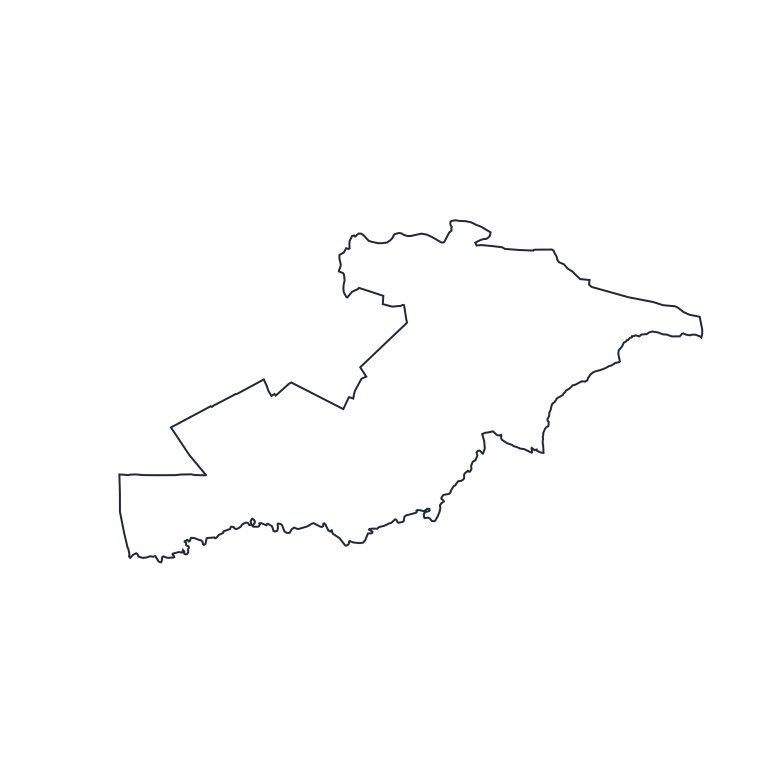 outline of Popesti, Vrancea, Romania, rotated 150°
{"feature_id": "2599482B83039942073934", "entity_name": "Popesti", "entity_type": "district", "adm_level": 2, "iso_a3": "ROU", "parent_name": "Romania", "parent_adm1": "Vrancea", "projection": "albers", "projection_center": [27.079, 45.583], "detail": "fine", "context": "isolated", "style": "outline", "palette": "slate", "viewbox_px": 768, "rotation_deg": 150, "n_neighbors": 0, "source": "geoboundaries", "source_scale": "gbopen_adm2", "svg_char_len": 6152}
<svg xmlns="http://www.w3.org/2000/svg" viewBox="0 0 768 768"><g transform="rotate(150 384 384)"><path d="M658.4,438.0L666.8,422.4L676.6,405.3L683.4,385.3L687.8,370.7L687.9,368.9L689.0,365.5L690.1,363.1L691.0,362.1L690.7,360.3L686.9,361.5L683.2,361.3L682.5,359.4L682.9,358.3L682.7,357.1L680.0,354.1L676.2,352.4L672.7,351.8L670.2,349.8L668.1,349.3L668.0,343.5L667.5,342.2L666.2,341.0L665.2,341.6L662.6,344.9L662.0,345.1L661.1,344.9L659.5,342.8L657.9,341.4L652.8,338.9L652.2,338.9L652.0,340.2L652.3,342.0L652.2,342.5L651.7,342.7L645.6,341.0L643.3,339.1L642.7,339.1L641.1,340.7L640.8,339.2L640.9,338.3L641.8,337.4L641.7,336.6L641.3,335.9L639.7,335.2L637.7,336.1L636.5,338.5L635.8,339.3L634.8,339.7L634.6,340.3L634.4,341.2L635.5,342.3L635.9,343.5L634.9,345.2L634.9,345.9L635.6,347.1L635.2,347.5L632.4,347.4L632.0,347.0L632.0,345.5L631.8,345.2L630.2,345.3L628.6,347.1L627.9,347.2L625.2,345.3L621.9,341.2L620.6,340.1L620.0,338.3L620.9,335.7L620.3,334.6L618.5,334.8L614.7,339.1L614.3,339.1L607.5,335.8L607.3,334.9L606.6,334.5L602.4,335.9L598.0,335.4L597.2,335.8L596.9,336.5L595.5,336.5L590.0,335.4L587.9,336.8L587.3,336.7L585.6,335.0L585.7,333.8L584.9,332.5L582.5,331.9L579.3,332.1L576.9,333.3L572.8,333.0L571.5,331.8L571.2,331.3L571.3,329.5L570.6,328.7L569.8,328.7L569.0,329.3L567.8,332.2L565.4,333.1L564.6,331.7L564.5,329.6L565.5,328.2L568.8,327.1L568.9,326.6L568.5,325.8L564.6,323.4L563.8,323.3L561.7,324.4L561.8,325.5L561.6,325.7L559.9,324.9L556.5,320.5L555.0,321.3L554.4,320.9L552.2,317.0L552.6,314.0L553.2,312.0L552.1,310.7L549.8,310.3L547.8,312.4L546.1,316.0L545.6,316.1L544.4,315.2L543.4,314.2L542.9,312.7L543.9,305.9L542.7,303.8L541.5,302.9L539.9,302.3L536.8,304.3L533.7,304.6L531.4,301.7L529.9,301.0L521.5,299.0L516.5,299.1L514.6,298.7L510.5,292.3L509.4,291.3L507.7,291.3L506.4,293.4L505.3,293.1L505.0,291.3L505.4,285.1L504.3,283.2L503.1,283.6L502.4,283.4L502.7,282.1L503.1,281.4L503.2,279.9L499.6,272.8L498.3,263.6L498.0,263.2L496.5,262.7L494.9,262.9L493.6,263.9L492.8,265.2L492.3,265.2L489.6,261.9L484.2,258.1L481.4,257.1L478.2,258.2L472.6,262.6L469.7,261.0L468.5,261.0L467.8,261.9L469.8,265.3L469.2,265.7L466.2,264.5L462.1,262.0L459.9,262.6L454.9,261.1L448.9,260.6L446.9,260.1L442.4,261.2L441.6,260.9L441.2,260.0L441.4,257.9L440.9,256.6L436.9,255.3L435.3,255.5L432.9,258.6L432.1,259.0L430.9,259.2L420.7,256.5L419.5,256.9L419.3,258.0L418.2,258.2L415.6,256.4L412.9,253.7L408.9,254.3L407.7,253.6L407.2,252.9L407.6,251.8L408.4,251.4L411.6,252.2L413.5,252.1L414.7,251.2L416.0,248.0L415.7,247.4L412.6,246.2L411.6,244.6L411.0,241.5L410.4,240.8L408.6,239.9L408.0,240.0L403.4,242.7L399.5,245.8L397.1,248.6L396.3,250.9L394.1,252.0L391.0,252.3L390.8,252.8L391.1,254.7L391.7,256.1L390.7,257.1L387.9,258.2L382.5,256.3L380.1,257.2L379.8,258.0L375.5,260.3L374.2,260.7L372.9,260.5L371.2,261.7L368.3,262.7L365.6,261.5L362.9,261.7L361.6,262.5L360.2,265.0L359.1,266.1L355.0,266.9L354.5,266.5L354.5,265.9L354.0,265.3L353.3,265.1L350.6,266.8L349.6,269.5L346.0,272.3L343.0,272.2L338.9,275.3L338.2,278.3L336.4,279.2L334.8,278.8L334.3,278.0L333.2,274.3L332.1,275.0L328.9,277.8L325.7,284.7L324.0,291.6L320.2,291.0L318.7,290.2L313.3,288.5L311.9,284.0L311.1,282.7L309.7,281.7L308.1,281.5L308.1,280.9L309.8,278.1L309.7,276.6L307.0,271.2L303.4,267.0L302.9,265.4L300.5,263.0L298.3,259.9L295.2,257.6L290.7,250.9L290.1,250.8L288.9,252.9L288.4,254.6L287.9,254.8L286.7,251.4L284.5,250.9L284.9,249.8L284.3,248.7L282.3,246.0L280.3,244.6L277.0,251.0L276.4,252.9L275.0,255.4L273.5,257.1L273.2,258.6L272.1,259.5L270.5,262.0L267.0,264.6L265.5,265.2L262.5,265.5L260.4,268.6L260.6,270.6L260.1,271.8L257.2,273.5L255.0,276.6L252.8,278.1L249.5,281.7L248.0,282.7L245.0,283.2L241.2,285.1L234.5,285.1L233.3,286.0L230.8,286.5L229.8,287.3L225.7,287.3L221.2,288.5L218.9,287.7L211.6,287.5L208.6,285.5L206.9,285.4L205.6,285.9L204.4,287.1L200.6,288.9L197.3,289.5L194.6,289.3L189.8,287.9L184.2,287.0L180.5,287.0L178.2,286.4L173.1,286.5L169.4,285.4L168.4,285.5L166.8,290.8L165.6,293.6L163.7,295.9L159.2,297.4L155.8,299.8L153.0,299.8L151.8,300.5L150.5,300.1L148.0,301.0L145.9,300.5L145.3,301.4L143.3,300.4L141.8,300.4L139.1,297.6L136.3,298.1L131.4,295.8L128.5,296.1L125.4,295.3L121.1,291.8L117.6,287.5L114.5,285.5L110.8,281.2L104.0,277.4L100.6,278.5L99.5,278.1L97.3,275.3L94.6,273.1L92.5,272.7L89.9,271.2L86.5,267.3L86.0,265.6L83.6,267.9L81.2,272.0L77.0,284.4L84.9,291.3L88.6,296.5L91.3,303.2L93.0,305.7L103.0,312.8L109.9,320.4L128.8,336.8L155.7,364.3L156.7,367.6L154.0,371.3L161.7,376.8L164.7,387.3L167.2,392.1L168.3,397.6L171.6,402.0L171.7,405.4L170.8,407.8L170.8,413.3L170.4,414.6L171.4,416.5L186.0,424.8L187.3,425.3L188.0,424.9L199.8,432.4L211.7,440.5L213.3,443.3L221.1,449.2L230.0,455.5L234.6,457.7L234.2,460.8L229.0,460.5L225.4,459.8L223.1,458.6L221.0,458.6L218.8,459.1L217.7,459.9L215.9,462.1L221.4,471.9L224.2,475.2L227.6,480.3L232.0,484.3L236.7,487.2L240.3,490.1L244.0,491.4L245.4,491.2L246.2,490.1L247.0,488.1L246.8,486.0L248.0,485.1L248.4,483.7L249.1,483.0L251.8,482.6L260.1,477.3L261.4,476.9L262.6,477.2L263.6,477.9L268.9,487.3L272.4,492.1L276.4,495.5L286.8,498.8L289.7,500.4L292.0,502.9L293.6,505.7L295.4,507.2L299.0,508.3L300.5,508.4L303.8,506.2L306.3,505.4L310.6,505.0L315.1,506.8L318.6,508.8L323.9,513.6L325.7,515.8L327.3,523.0L328.6,525.6L330.8,527.0L335.3,526.1L335.6,527.6L337.7,528.1L342.2,525.1L344.1,522.4L345.9,518.8L347.1,518.5L348.8,520.5L353.2,517.9L358.0,518.1L359.7,515.4L361.7,509.1L362.6,507.8L366.7,504.4L366.7,503.9L364.2,500.8L363.9,499.8L364.2,498.1L366.4,493.3L369.6,489.8L371.4,487.1L372.9,483.7L373.1,480.6L373.0,477.7L372.5,477.3L365.7,479.8L359.2,479.3L357.6,479.7L340.5,460.7L345.1,453.8L338.2,446.9L330.5,443.3L328.1,443.1L327.2,442.2L332.7,428.0L333.3,425.6L396.2,410.4L395.7,399.2L400.2,399.8L401.4,399.5L412.1,392.9L414.6,390.7L417.9,386.8L420.7,390.0L421.2,390.0L431.8,382.6L463.5,431.6L466.3,431.7L483.5,428.1L483.8,430.1L487.5,430.0L487.5,436.2L486.6,440.2L485.8,448.0L516.1,448.9L517.3,449.4L541.9,450.5L544.4,450.2L545.2,451.4L590.2,452.9L588.1,419.7L583.7,394.2L584.1,394.1L593.3,399.7L596.2,402.2L605.4,407.3L609.9,409.2L623.1,416.7L637.7,425.3L644.2,429.8L649.5,432.6L650.7,432.8L658.4,438.0Z" fill="none" stroke="#1e293b" stroke-width="2"/></g></svg>